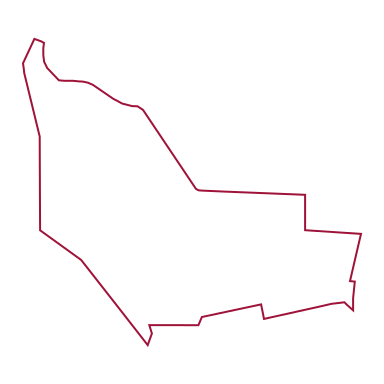 the district of Ipiranga do Piauí, Piauí, Brazil
{"feature_id": "56859067B98502707297954", "entity_name": "Ipiranga do Piauí", "entity_type": "district", "adm_level": 2, "iso_a3": "BRA", "parent_name": "Brazil", "parent_adm1": "Piauí", "projection": "mercator", "projection_center": [-41.792, -6.793], "detail": "fine", "context": "isolated", "style": "outline", "palette": "rose", "viewbox_px": 384, "rotation_deg": 0, "n_neighbors": 0, "source": "geoboundaries", "source_scale": "gbopen_adm2", "svg_char_len": 736}
<svg xmlns="http://www.w3.org/2000/svg" viewBox="0 0 384 384"><path d="M353.1,310.3L353.1,298.7L353.4,295.4L354.8,281.6L350.0,281.1L359.6,239.8L361.0,233.9L305.1,230.2L305.1,194.8L224.9,191.6L202.1,190.6L198.5,190.3L195.9,188.8L143.0,109.9L137.6,106.3L132.1,106.1L122.0,103.5L117.0,100.7L113.4,98.9L92.8,84.8L87.9,82.7L83.0,81.6L79.0,81.4L72.9,80.8L64.3,80.8L58.9,80.3L47.2,68.0L44.1,61.7L43.3,55.0L43.3,48.1L44.0,42.9L41.3,41.4L34.4,38.9L23.0,63.3L23.9,69.7L24.2,72.9L39.7,136.5L39.9,189.1L40.1,230.3L81.2,260.0L117.0,305.7L147.7,345.1L151.9,333.5L149.3,325.1L154.2,325.1L198.4,325.2L201.9,317.0L261.1,304.4L264.0,318.9L318.6,306.8L331.6,303.8L344.5,302.3L346.6,304.5L353.1,310.3Z" fill="none" stroke="#9f1239" stroke-width="2"/></svg>